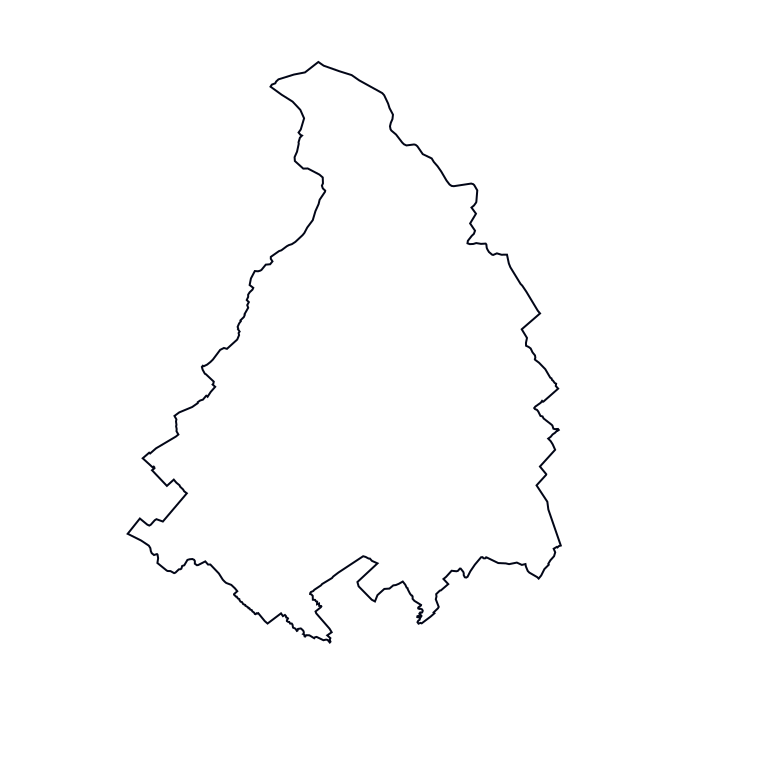 Kota Pasuruan, Jawa Timur, Indonesia (Albers equal-area conic projection), rotated 295°
{"feature_id": "22746128B86769429493629", "entity_name": "Kota Pasuruan", "entity_type": "district", "adm_level": 2, "iso_a3": "IDN", "parent_name": "Indonesia", "parent_adm1": "Jawa Timur", "projection": "albers", "projection_center": [112.897, -7.652], "detail": "fine", "context": "isolated", "style": "outline", "palette": "ink", "viewbox_px": 768, "rotation_deg": 295, "n_neighbors": 0, "source": "geoboundaries", "source_scale": "gbopen_adm2", "svg_char_len": 6166}
<svg xmlns="http://www.w3.org/2000/svg" viewBox="0 0 768 768"><g transform="rotate(295 384 384)"><path d="M648.1,188.4L633.0,180.7L626.4,171.6L615.5,159.6L612.5,158.4L610.6,158.4L607.9,155.8L605.5,155.5L602.9,169.0L601.3,181.8L597.1,192.3L591.0,199.3L579.5,201.0L575.8,200.3L574.5,203.0L574.5,204.7L571.7,203.7L566.9,204.4L565.7,205.2L557.8,207.0L551.8,207.1L548.4,209.0L545.1,219.8L547.1,223.8L546.5,237.0L545.3,241.2L540.0,243.9L537.5,243.9L535.4,245.9L534.4,249.0L533.3,249.3L523.8,247.8L519.4,248.7L511.7,248.8L502.4,250.2L493.4,248.3L487.2,248.0L484.5,247.3L475.3,243.6L471.8,241.4L469.7,239.1L467.8,237.7L461.8,234.5L460.1,232.7L451.4,227.7L449.6,228.5L448.0,231.1L444.4,230.2L442.2,226.4L435.5,224.7L434.4,223.9L432.9,222.2L431.8,219.2L423.4,218.8L416.9,220.4L415.9,224.9L413.9,224.9L410.4,223.5L407.6,223.1L405.5,224.1L402.1,224.1L401.1,226.9L397.7,226.7L395.7,228.7L388.3,228.1L387.9,228.6L385.5,228.7L381.0,227.0L380.5,227.7L377.6,227.1L373.9,227.2L372.7,228.4L372.0,228.4L370.5,231.0L368.7,230.7L367.1,232.0L362.3,232.2L349.5,226.8L349.0,223.7L345.7,221.1L333.8,218.6L330.6,217.4L326.8,215.5L323.9,213.1L324.0,212.1L322.5,211.7L320.3,213.6L317.6,217.3L317.6,218.4L314.2,228.7L312.1,229.2L311.1,228.9L310.1,232.2L303.6,230.3L297.9,229.5L298.4,228.1L298.2,227.8L293.3,226.5L291.4,224.4L288.8,222.9L288.0,223.3L282.1,219.9L271.7,210.4L266.5,207.6L264.2,210.8L262.2,211.3L259.2,213.2L257.9,213.4L255.6,215.1L253.5,215.9L251.3,219.0L248.4,217.6L229.4,204.6L222.2,201.4L222.5,200.2L214.7,196.7L210.7,209.5L211.8,210.2L211.5,210.9L210.8,210.6L210.4,211.5L207.8,210.2L199.9,230.3L208.5,233.9L206.8,237.5L205.8,241.5L204.8,242.6L203.5,246.5L202.3,248.2L201.6,251.5L165.9,241.7L165.3,234.9L163.6,233.8L157.9,232.1L156.5,231.1L156.5,228.9L158.9,219.6L139.9,215.0L139.5,230.0L138.1,239.2L136.5,241.6L134.0,243.3L132.5,245.0L131.8,247.8L133.9,250.1L133.7,250.8L130.7,252.9L126.0,254.3L123.1,265.9L123.1,267.0L124.2,269.6L123.9,273.7L124.9,274.7L129.3,276.4L130.1,277.8L131.0,278.4L133.8,278.0L135.3,279.6L141.5,280.2L143.0,281.9L144.4,284.3L144.4,286.2L143.6,287.4L141.2,288.5L140.7,291.0L141.4,292.1L147.7,297.0L146.0,300.8L147.0,302.9L142.5,314.4L138.5,320.6L137.5,323.2L137.0,325.1L137.4,330.5L135.8,335.3L134.2,338.6L130.2,336.9L129.7,337.1L128.7,339.9L129.0,340.4L127.9,342.1L127.9,343.8L127.1,344.3L126.1,346.0L126.3,347.5L125.0,349.4L125.1,351.6L124.5,352.0L124.2,354.9L123.5,356.0L123.9,356.7L123.0,358.2L123.2,359.7L122.3,360.7L121.9,362.9L121.0,364.1L121.1,364.9L122.5,365.6L122.4,366.2L123.2,366.8L118.7,376.2L117.7,379.7L132.6,387.6L130.9,390.5L132.8,391.8L132.3,393.1L131.1,394.0L131.3,395.3L130.9,396.1L128.9,395.8L128.1,396.2L127.9,397.8L128.3,398.7L127.2,400.2L127.9,401.6L127.3,402.7L124.8,404.5L124.8,407.2L123.4,409.4L123.9,409.8L125.7,409.6L127.3,411.9L127.1,412.8L126.3,415.1L125.2,416.2L123.7,416.8L123.2,416.5L123.1,417.6L121.7,418.7L121.8,419.3L123.5,419.7L124.7,422.6L124.1,428.2L125.3,428.5L126.3,429.8L126.2,437.4L127.9,439.6L128.2,441.1L126.8,444.1L127.8,444.4L129.3,442.9L131.0,442.8L132.2,438.8L136.9,441.5L139.2,438.1L147.5,419.5L148.9,418.1L155.0,421.1L156.0,421.2L156.2,420.9L155.5,419.0L157.6,417.9L156.1,416.4L158.5,415.4L158.3,414.1L159.2,412.8L158.4,410.7L161.9,408.9L162.6,407.1L162.4,405.8L163.3,405.5L164.6,405.7L166.5,407.4L168.0,407.8L174.9,412.0L176.5,412.4L186.2,418.9L188.0,419.3L193.9,422.4L219.1,437.9L219.5,440.4L219.3,443.8L219.8,445.0L218.6,447.8L218.7,453.9L193.3,443.6L189.9,446.5L183.3,464.1L183.1,467.7L189.9,467.3L198.4,470.9L200.9,475.4L205.4,477.5L206.8,479.7L209.2,481.9L212.9,484.5L211.1,488.1L209.0,490.6L208.9,491.7L208.0,492.3L204.9,496.3L203.9,498.4L204.1,499.0L203.4,499.8L201.4,500.7L200.3,503.2L199.4,511.0L198.9,511.1L196.2,509.6L195.4,509.6L195.0,510.0L195.1,511.2L195.7,511.9L195.8,513.8L194.8,515.0L193.1,515.1L192.6,514.7L192.3,513.4L191.0,513.1L189.6,516.0L188.3,515.8L188.2,513.7L188.6,513.3L187.6,512.4L186.8,512.7L187.3,514.6L186.8,515.7L185.4,515.9L184.0,515.1L182.3,515.0L181.4,516.6L182.9,518.0L183.0,519.3L192.8,524.5L197.5,526.6L197.9,525.5L203.5,527.7L205.1,527.8L210.8,521.9L213.5,521.4L215.6,520.1L220.3,521.9L221.0,522.8L229.8,526.8L232.4,520.3L235.5,521.8L243.3,524.2L244.9,528.8L245.8,529.9L248.8,530.8L249.1,531.5L247.2,535.3L246.1,536.3L244.5,537.0L243.0,538.9L243.3,540.3L244.6,541.2L250.7,541.4L258.7,542.7L268.0,545.2L268.7,546.5L268.1,547.8L268.6,549.1L269.1,549.7L270.1,549.8L270.2,550.2L270.0,563.2L272.9,570.2L273.6,573.5L278.3,579.9L278.3,585.4L280.6,588.3L278.6,589.7L275.3,593.3L274.5,595.4L273.7,604.5L273.0,606.4L276.9,607.4L284.1,607.6L289.8,609.7L290.5,608.9L294.5,609.3L299.8,610.9L303.8,610.3L306.4,607.4L309.4,609.5L309.2,610.3L311.0,611.0L312.3,612.5L339.7,586.0L346.3,581.8L356.6,565.1L370.1,569.3L370.8,569.2L375.1,560.2L396.7,566.9L400.6,562.4L402.6,559.3L403.9,555.9L406.6,557.4L409.5,558.1L412.2,559.7L414.8,560.5L414.8,561.0L416.2,561.8L416.8,560.7L415.3,557.9L415.1,556.4L417.5,554.2L417.9,553.2L420.2,543.2L421.6,541.4L421.2,539.3L424.3,535.4L425.2,533.6L425.1,531.4L425.7,530.3L427.5,530.7L433.3,534.0L435.5,534.4L435.1,535.6L435.8,536.1L453.4,543.8L454.8,540.5L457.0,539.9L457.1,538.2L458.5,535.7L458.6,534.7L459.9,533.4L460.0,532.0L465.6,523.9L468.8,515.5L469.8,510.7L470.2,510.2L471.7,510.1L473.7,508.8L475.4,505.3L478.2,501.9L478.7,499.4L478.7,496.6L481.2,495.3L486.2,494.1L491.8,485.7L513.9,495.6L515.4,492.4L527.8,474.0L531.6,467.7L532.4,465.5L543.2,449.2L546.0,446.2L553.2,440.8L550.8,435.8L550.1,431.1L547.1,428.4L546.9,427.3L548.0,423.3L549.7,420.8L550.9,419.5L553.7,417.8L554.2,416.8L552.0,412.7L550.7,408.0L548.7,405.8L547.0,402.6L546.8,400.2L549.2,399.5L555.3,400.9L558.1,402.0L561.4,401.7L565.9,394.2L577.2,395.4L580.9,388.7L583.8,390.1L587.5,390.8L588.4,390.6L598.9,386.7L602.4,381.7L602.8,380.3L602.5,378.3L592.8,363.7L592.1,361.6L592.5,359.1L594.8,354.7L600.8,346.0L604.0,340.5L606.3,335.3L608.6,331.9L608.7,322.0L613.6,313.7L614.1,311.6L613.8,310.0L609.7,303.5L609.7,300.8L610.5,298.5L615.2,289.5L616.8,283.6L617.6,282.3L620.1,280.5L623.6,279.8L627.7,279.7L631.9,278.3L636.4,272.4L639.9,269.2L645.8,262.1L646.9,259.5L648.7,233.3L650.3,224.1L648.6,211.4L647.0,194.8L648.1,188.4Z" fill="none" stroke="#020617" stroke-width="2"/></g></svg>